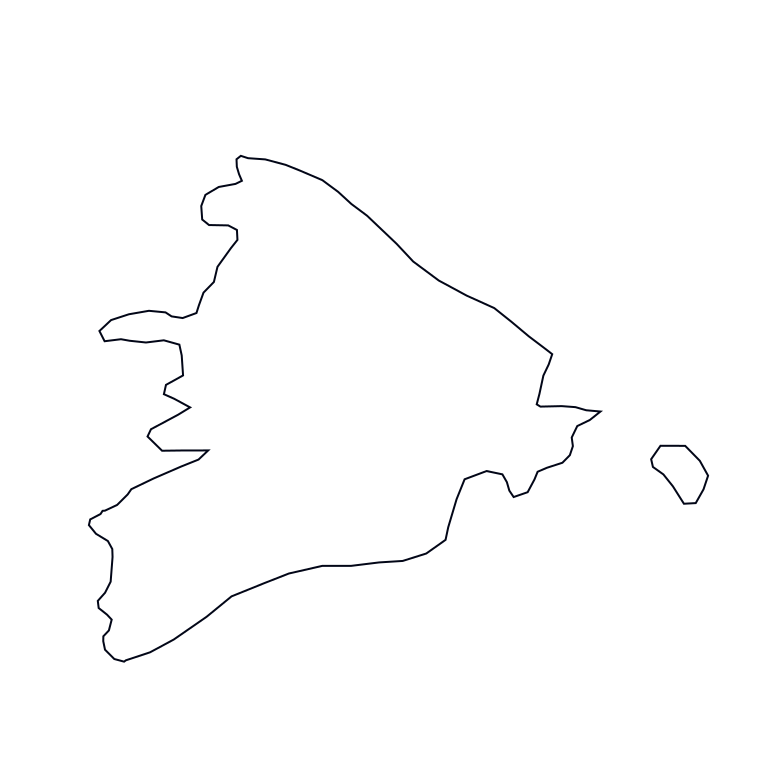 outline of Umeå, Västerbotten, Sweden, rotated 353°
{"feature_id": "70781695B42306672423643", "entity_name": "Umeå", "entity_type": "district", "adm_level": 2, "iso_a3": "SWE", "parent_name": "Sweden", "parent_adm1": "Västerbotten", "projection": "equal_earth", "projection_center": [20.181, 63.977], "detail": "fine", "context": "isolated", "style": "outline", "palette": "ink", "viewbox_px": 768, "rotation_deg": 353, "n_neighbors": 0, "source": "geoboundaries", "source_scale": "gbopen_adm2", "svg_char_len": 1861}
<svg xmlns="http://www.w3.org/2000/svg" viewBox="0 0 768 768"><g transform="rotate(353 384 384)"><path d="M269.7,140.1L265.0,143.0L264.4,150.5L265.7,158.1L267.7,165.0L261.0,167.3L244.0,168.3L229.8,174.5L224.3,185.1L223.6,198.6L229.7,204.9L248.7,207.6L256.8,213.2L256.1,223.1L248.7,230.4L233.0,247.4L227.6,262.0L216.0,271.3L209.9,283.3L206.5,290.7L192.2,294.0L181.4,291.0L175.9,286.3L159.6,282.7L139.3,283.7L120.9,287.3L108.0,296.7L111.9,307.5L128.4,307.5L136.9,310.1L152.8,313.8L170.8,313.8L185.7,320.0L186.7,331.0L185.6,351.0L167.5,358.3L164.3,367.3L173.8,373.0L188.7,383.6L175.9,389.4L147.2,400.5L142.9,407.3L155.6,423.2L174.8,425.3L201.4,428.5L190.7,436.4L172.6,441.2L143.8,449.7L120.4,457.6L116.1,462.4L104.4,471.5L91.6,475.7L89.2,475.6L86.8,478.5L75.9,482.6L73.9,488.1L79.9,497.6L90.8,506.2L94.2,514.7L93.5,522.6L88.6,546.9L81.7,557.2L73.5,564.4L73.5,571.6L81.0,579.2L85.0,584.7L80.9,595.1L74.7,600.2L74.0,605.1L74.7,613.7L82.8,624.1L92.2,627.9L94.1,626.8L119.1,621.8L144.2,612.0L179.6,593.4L206.8,576.2L240.8,567.1L266.5,560.5L300.5,557.0L329.0,560.5L357.4,560.5L381.0,561.9L405.3,557.4L426.1,546.2L430.3,534.0L442.0,507.2L452.4,488.4L475.2,482.9L490.5,488.1L494.0,496.4L495.4,505.1L498.9,512.0L513.4,508.9L521.7,497.1L525.8,489.8L535.5,487.0L551.5,483.9L559.8,477.3L563.9,468.7L563.8,460.0L570.7,449.3L583.9,444.8L595.5,437.7L581.5,434.7L571.2,430.3L557.6,427.6L536.5,425.5L533.1,422.8L537.1,412.7L543.2,395.1L549.9,384.6L554.6,374.9L546.4,366.8L533.5,354.3L517.8,337.5L502.7,322.1L476.9,306.4L451.0,288.0L427.9,266.0L413.6,246.4L387.7,214.9L373.5,201.3L361.9,187.7L354.1,180.3L347.7,174.2L326.7,162.0L313.1,154.5L293.5,146.6L276.6,143.3L269.7,140.1ZM650.9,479.0L640.0,491.2L640.8,499.1L650.3,507.8L658.3,520.8L667.1,539.4L678.9,540.2L688.3,527.5L694.5,514.5L688.1,498.7L675.4,482.1L650.9,479.0Z" fill="none" stroke="#020617" stroke-width="2"/></g></svg>